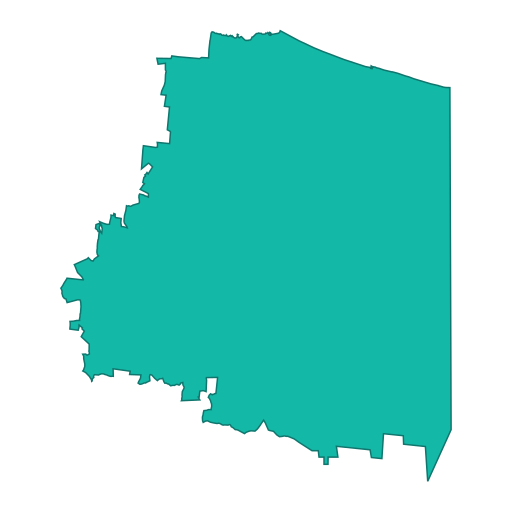 outline of Tizimín, Yucatán, Mexico
{"feature_id": "50627088B55202518937979", "entity_name": "Tizimín", "entity_type": "district", "adm_level": 2, "iso_a3": "MEX", "parent_name": "Mexico", "parent_adm1": "Yucatán", "projection": "equal_earth", "projection_center": [-87.983, 21.249], "detail": "fine", "context": "isolated", "style": "filled", "palette": "teal", "viewbox_px": 512, "rotation_deg": 0, "n_neighbors": 0, "source": "geoboundaries", "source_scale": "gbopen_adm2", "svg_char_len": 5818}
<svg xmlns="http://www.w3.org/2000/svg" viewBox="0 0 512 512"><path d="M449.9,87.6L446.1,87.5L443.7,87.2L439.7,86.0L439.4,86.1L438.5,85.6L430.6,83.8L413.9,78.8L408.9,76.9L405.3,75.9L397.8,73.3L392.6,71.9L391.8,71.9L383.8,70.0L379.2,68.4L376.2,67.7L375.6,67.2L373.4,66.8L373.3,67.1L371.2,65.9L371.2,67.7L372.3,68.0L372.2,68.6L370.8,68.5L370.7,68.9L370.5,68.0L370.9,67.7L370.9,67.3L370.4,67.3L370.3,67.5L365.5,66.6L344.2,59.6L322.6,51.4L313.9,47.8L299.0,40.8L280.2,30.7L279.7,32.2L278.6,33.2L273.3,34.2L271.4,34.3L270.6,32.8L269.6,32.4L269.5,32.8L269.6,32.7L269.8,33.1L269.8,32.8L270.2,32.7L270.4,33.7L270.8,33.7L270.7,34.2L270.9,34.2L270.9,34.6L271.3,34.7L270.9,35.2L270.5,35.4L269.5,35.2L268.8,34.5L268.6,33.8L269.2,33.3L269.1,33.0L268.5,33.2L268.3,33.0L268.3,33.3L268.2,33.0L267.7,32.8L266.9,33.3L265.8,33.1L265.7,33.6L265.0,34.1L263.8,34.1L262.9,34.3L262.1,34.1L261.2,33.3L259.9,33.4L258.7,33.0L258.4,33.3L256.3,33.6L253.1,36.8L252.0,37.1L251.6,38.3L250.6,39.9L248.6,40.2L248.2,40.5L247.9,40.3L246.8,40.5L246.2,40.3L245.9,40.5L244.8,40.0L241.4,36.6L240.3,36.9L239.6,37.8L239.0,37.7L238.3,37.0L237.8,36.1L237.8,35.3L238.3,34.8L237.5,34.2L237.2,34.4L237.4,35.5L237.0,36.9L236.1,37.9L234.9,38.0L234.0,37.6L233.0,36.6L232.7,36.6L232.3,35.9L232.1,35.7L231.9,35.9L232.3,36.0L232.8,36.8L232.0,36.7L230.6,35.4L230.1,35.9L229.5,36.0L229.3,35.8L228.5,36.4L228.0,36.4L227.0,35.8L226.8,35.4L226.6,35.5L226.3,35.0L226.1,35.4L225.2,35.6L224.6,35.3L223.9,35.5L223.4,35.0L222.6,35.3L221.8,35.2L221.2,34.3L220.4,33.9L220.0,33.8L219.7,34.3L219.2,34.3L218.1,33.7L217.4,33.7L216.8,33.3L216.5,33.5L216.1,33.3L215.5,33.4L214.6,32.9L213.6,32.1L213.0,32.2L212.1,31.8L211.2,33.0L210.2,39.9L210.0,40.4L209.0,49.4L208.6,57.9L201.6,57.5L199.6,58.6L178.3,56.8L171.8,55.9L171.1,58.5L156.9,58.3L158.1,64.2L165.4,63.3L165.4,69.9L166.1,71.2L166.1,72.3L165.7,72.8L165.7,73.8L165.5,74.5L165.2,81.7L164.3,85.2L161.7,91.0L161.0,94.6L166.1,95.2L164.4,106.3L169.5,107.0L167.3,129.8L170.0,131.2L170.5,131.9L169.6,143.6L157.2,142.4L157.5,144.3L157.4,147.1L155.8,147.5L143.4,145.7L142.9,149.9L141.5,168.9L148.4,163.2L149.5,163.8L152.6,166.9L148.1,174.0L147.0,172.5L145.9,174.1L144.8,174.9L145.5,176.1L143.9,177.4L142.8,182.5L144.5,183.8L143.4,185.0L142.9,185.3L142.2,186.6L140.2,189.4L148.4,193.6L148.4,197.1L146.7,196.3L144.6,195.7L143.7,195.0L139.6,194.0L139.0,195.3L138.9,197.6L139.2,199.1L139.4,201.6L139.4,202.4L138.8,203.4L132.9,205.1L131.1,206.2L130.5,206.3L128.6,205.8L127.1,206.1L126.5,205.8L125.9,210.3L124.5,215.7L124.0,220.8L124.1,221.9L124.4,223.1L126.8,226.5L127.2,227.8L123.7,226.8L121.4,226.5L121.1,224.2L120.8,223.0L121.2,218.5L115.4,217.5L115.1,216.2L115.2,214.1L113.9,213.5L113.5,215.6L111.0,215.1L111.0,217.2L109.7,222.5L109.5,224.2L107.8,224.4L106.3,224.2L102.9,223.1L99.7,221.7L101.0,224.5L101.0,225.4L101.7,225.8L101.6,226.8L102.3,228.3L101.7,233.3L100.6,231.9L99.2,228.2L99.3,227.1L100.0,225.7L99.5,223.3L96.0,224.6L95.5,228.5L97.6,230.1L98.1,231.5L98.5,231.7L99.5,231.9L99.0,233.4L98.5,238.6L98.4,239.5L98.0,239.8L97.5,243.2L97.2,247.1L97.4,248.1L97.1,249.0L96.9,252.1L97.3,254.3L98.0,255.5L98.5,255.9L94.4,258.9L93.0,261.1L90.9,260.4L88.3,257.7L87.3,258.8L74.3,264.6L74.9,265.8L77.6,272.6L81.8,276.8L83.4,279.6L83.2,279.9L67.0,278.2L66.8,278.8L63.8,283.5L62.8,285.5L60.9,288.2L61.9,290.4L62.1,291.6L61.9,293.2L62.9,296.6L64.4,298.5L66.0,299.0L67.1,302.6L77.6,299.8L79.7,299.9L80.1,300.0L80.4,300.6L80.8,303.0L81.0,306.8L80.5,313.1L80.4,313.7L80.1,313.9L80.0,316.6L79.5,319.1L79.6,320.4L76.5,320.5L73.4,321.2L70.0,321.4L70.2,323.1L70.2,325.6L69.9,328.4L69.9,329.1L78.2,330.2L79.0,327.3L79.1,325.1L82.4,327.8L82.0,328.9L84.3,331.1L81.2,336.7L89.2,344.1L89.1,350.0L88.9,351.1L89.3,352.5L89.4,353.9L87.3,355.1L86.5,354.9L85.8,354.1L82.7,354.2L83.7,356.1L83.7,358.7L84.8,364.1L84.8,366.4L83.4,370.3L82.8,371.0L85.6,372.5L89.4,376.4L91.5,379.8L91.7,381.3L92.1,381.0L92.5,378.6L93.8,377.6L93.6,376.4L93.9,375.4L94.4,374.7L98.6,375.0L99.7,374.4L101.6,373.8L103.8,373.9L104.2,374.3L106.9,375.0L107.8,375.5L109.9,376.2L111.0,376.4L112.6,376.2L113.3,376.3L113.1,368.8L130.2,371.2L129.6,374.5L140.9,374.9L140.5,378.2L138.5,382.0L138.1,383.1L139.9,384.3L141.7,384.0L144.5,382.9L145.7,383.0L146.0,382.6L149.9,380.8L149.5,376.9L149.8,375.1L150.2,374.6L151.8,375.0L154.7,378.3L157.4,380.6L158.6,379.5L159.8,378.8L161.3,378.8L162.7,378.3L163.9,381.7L164.8,383.2L166.1,383.1L167.9,384.0L168.7,384.1L170.7,385.8L172.8,385.3L174.5,385.4L175.7,384.7L176.9,384.3L179.1,385.1L180.1,384.3L180.5,383.2L182.8,382.5L182.9,384.5L183.2,385.4L184.0,386.8L184.1,387.8L183.8,388.7L182.3,391.6L182.0,395.1L182.2,396.3L181.7,398.8L181.8,399.8L181.4,400.7L199.8,399.9L198.5,397.8L198.3,397.1L199.1,397.2L199.8,391.2L202.4,390.7L203.7,390.7L206.1,391.6L206.6,380.3L206.3,378.7L206.4,377.6L217.6,377.4L215.9,393.5L214.8,393.6L213.7,394.3L212.9,394.3L212.5,394.7L212.1,394.7L210.6,393.8L209.2,395.2L208.3,397.4L209.1,398.1L209.7,399.0L210.6,400.9L211.1,402.9L211.5,403.5L211.7,406.2L211.1,409.0L211.2,409.6L208.4,409.6L206.8,410.3L203.9,410.6L203.4,412.5L203.0,415.2L202.5,416.7L202.4,417.8L202.6,420.9L203.2,422.4L205.5,421.1L207.5,420.8L210.4,422.2L213.5,422.9L217.0,423.5L218.9,423.2L220.8,423.8L221.2,424.4L223.1,425.1L224.6,424.9L228.1,425.1L229.2,424.6L230.2,424.8L230.8,425.6L231.2,426.7L233.1,427.7L235.2,429.6L236.7,429.7L238.0,430.1L244.5,433.6L246.2,432.3L249.0,431.2L251.1,430.8L255.0,431.1L257.4,429.0L259.8,425.8L263.6,420.1L265.3,422.9L268.4,430.0L269.7,430.5L273.5,431.3L276.8,434.9L279.5,436.7L282.2,436.4L284.3,435.9L286.1,436.3L287.9,436.3L294.2,438.9L298.8,442.2L312.0,450.7L318.3,450.7L319.0,457.1L324.0,457.1L324.0,464.3L328.0,464.3L328.1,457.1L337.9,457.1L336.4,446.3L370.1,449.8L371.4,457.5L381.9,458.6L383.5,433.7L403.3,435.7L403.6,444.2L425.4,446.5L427.7,481.3L451.1,429.7L449.9,87.6Z" fill="#14b8a6" stroke="#0f766e" stroke-width="1.5"/></svg>